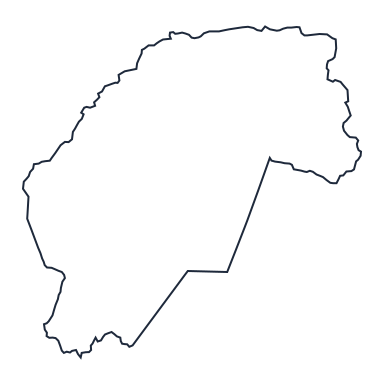 outline of Aurora, Ceará, Brazil
{"feature_id": "56859067B28878883208689", "entity_name": "Aurora", "entity_type": "district", "adm_level": 2, "iso_a3": "BRA", "parent_name": "Brazil", "parent_adm1": "Ceará", "projection": "equal_earth", "projection_center": [-38.966, -7.009], "detail": "fine", "context": "isolated", "style": "outline", "palette": "slate", "viewbox_px": 384, "rotation_deg": 0, "n_neighbors": 0, "source": "geoboundaries", "source_scale": "gbopen_adm2", "svg_char_len": 2723}
<svg xmlns="http://www.w3.org/2000/svg" viewBox="0 0 384 384"><path d="M269.9,29.3L265.1,26.5L261.5,30.9L257.2,30.1L253.6,28.0L248.0,26.8L242.5,27.3L229.2,29.3L224.1,30.3L219.0,31.4L209.4,31.4L203.9,33.3L200.8,36.3L198.6,37.4L194.5,38.2L191.6,37.6L189.0,34.8L185.4,33.5L182.1,32.6L177.9,33.5L175.2,33.8L173.2,32.1L170.0,32.6L169.6,35.8L170.8,38.7L163.0,39.5L159.5,41.4L156.7,43.3L154.1,45.4L148.6,45.4L144.3,48.7L141.9,49.9L141.6,53.5L139.1,58.7L137.1,63.3L136.4,68.9L124.7,71.3L118.6,74.9L119.4,80.5L117.6,82.9L115.3,82.7L112.0,83.8L107.9,85.3L104.9,86.3L102.0,91.5L98.1,93.6L99.4,97.2L97.0,99.7L94.1,102.3L95.1,105.8L90.1,107.7L86.6,106.9L84.2,107.7L81.2,112.7L83.6,114.3L81.8,118.9L78.9,121.7L76.8,125.4L75.0,128.7L72.9,131.9L72.0,139.3L68.6,142.1L64.9,141.9L60.6,145.2L55.3,153.0L51.7,157.9L49.8,160.7L45.1,161.2L41.7,161.8L38.7,163.6L33.9,164.2L33.1,168.7L30.1,172.0L28.7,176.2L26.6,178.7L23.8,181.7L23.0,188.8L26.9,194.4L28.5,196.7L27.5,214.0L27.2,218.7L31.3,229.4L38.2,247.9L40.5,253.3L42.1,258.4L43.7,261.8L44.7,265.1L47.0,267.5L51.6,267.8L55.1,269.3L58.5,270.8L61.8,272.0L64.1,274.9L64.9,278.1L62.4,281.7L60.9,288.0L60.5,291.9L58.7,295.0L57.9,299.2L55.6,304.8L54.0,310.1L52.5,315.4L50.3,318.8L48.7,321.3L46.7,323.3L44.0,324.2L44.8,329.6L46.9,332.7L46.6,336.1L49.3,337.8L52.6,337.6L55.6,338.1L58.3,340.7L60.1,345.5L61.8,350.6L63.9,352.9L66.7,351.7L70.0,352.5L72.0,350.9L76.0,350.0L78.0,354.1L80.7,357.5L81.7,352.9L85.9,352.2L89.0,352.1L91.1,350.0L90.8,345.6L92.6,343.5L93.9,340.8L95.6,337.6L97.7,341.5L101.0,340.4L103.1,336.9L105.0,334.5L107.7,333.4L111.5,332.0L114.3,334.1L116.9,336.4L120.3,337.6L120.8,341.1L122.1,343.7L124.6,344.1L127.2,344.3L129.3,346.8L132.6,345.4L185.0,274.7L187.8,271.0L227.2,272.0L235.7,250.4L244.6,227.5L247.4,220.2L258.2,190.5L263.2,176.5L269.8,157.9L271.5,160.6L275.1,161.6L280.7,162.3L284.5,163.2L289.6,163.6L291.9,164.8L293.8,169.3L301.0,170.6L304.5,171.6L306.8,172.0L309.8,170.8L312.9,171.8L316.5,174.5L320.4,176.0L323.0,177.1L326.6,180.1L330.3,182.8L333.1,183.2L336.5,183.2L338.6,179.1L340.1,175.8L343.3,175.4L346.4,171.5L351.4,171.1L354.0,169.4L356.1,161.4L358.1,159.7L360.6,155.8L361.0,151.6L358.6,150.2L357.4,147.1L356.9,143.9L358.2,140.5L355.8,137.6L349.8,137.1L347.4,135.0L344.0,130.7L342.9,126.6L343.6,123.0L346.5,120.6L348.7,117.9L350.7,115.5L349.2,111.1L347.8,106.8L345.3,102.6L348.2,101.3L347.5,90.1L342.6,84.4L340.6,81.9L335.1,80.0L332.9,81.7L327.5,79.3L327.9,74.7L328.5,70.3L326.7,68.3L327.0,64.4L328.1,61.1L332.6,59.1L334.6,57.1L336.2,48.4L335.9,42.7L335.7,39.4L332.4,38.2L327.1,34.4L319.6,34.0L307.2,35.4L304.4,35.4L301.5,33.1L299.5,27.3L296.7,27.0L291.3,27.6L287.3,27.6L283.1,28.7L279.6,30.3L276.8,30.7L269.9,29.3Z" fill="none" stroke="#1e293b" stroke-width="2"/></svg>